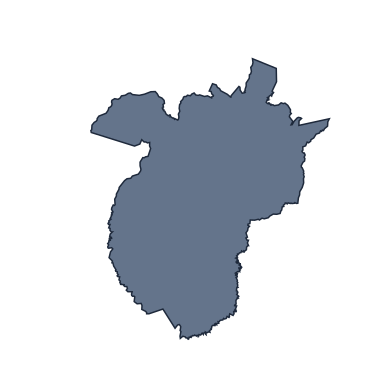 Cáceres, Mato Grosso, Brazil (Mercator projection), rotated 15°
{"feature_id": "56859067B84313432178325", "entity_name": "Cáceres", "entity_type": "district", "adm_level": 2, "iso_a3": "BRA", "parent_name": "Brazil", "parent_adm1": "Mato Grosso", "projection": "mercator", "projection_center": [-57.734, -16.54], "detail": "fine", "context": "isolated", "style": "filled", "palette": "slate", "viewbox_px": 384, "rotation_deg": 15, "n_neighbors": 0, "source": "geoboundaries", "source_scale": "gbopen_adm2", "svg_char_len": 6053}
<svg xmlns="http://www.w3.org/2000/svg" viewBox="0 0 384 384"><g transform="rotate(15 192 192)"><path d="M218.6,336.4L220.5,333.7L223.0,333.7L223.9,334.5L225.0,334.2L226.4,335.2L226.9,334.7L226.7,333.1L228.3,332.7L227.8,331.4L228.9,332.4L229.6,330.5L231.0,330.4L231.5,329.5L233.9,330.0L233.5,329.4L235.0,328.8L235.7,329.5L235.7,327.9L237.4,327.9L238.3,325.7L239.7,326.6L239.5,325.6L240.7,324.5L241.4,324.6L241.7,325.7L242.4,326.0L241.3,323.8L242.7,324.2L244.5,322.7L245.6,322.8L244.8,321.5L246.2,319.7L245.7,319.1L246.2,318.2L245.8,316.8L246.5,315.5L248.8,315.1L248.9,314.5L248.0,313.9L248.6,312.9L249.2,312.8L249.0,313.6L250.2,313.9L249.8,312.8L251.8,311.8L250.9,310.6L251.6,310.6L252.5,308.6L254.9,307.6L255.2,306.0L256.2,306.3L257.8,305.3L258.1,303.1L260.2,303.6L260.5,302.8L260.0,301.8L260.0,299.9L263.6,300.6L264.1,298.7L263.3,296.9L265.6,296.1L265.6,295.6L263.7,295.2L263.9,294.6L264.9,294.6L264.3,293.6L264.6,290.5L262.6,290.8L262.5,290.3L263.6,288.8L262.5,285.5L263.0,283.6L264.2,282.5L263.1,281.9L264.1,280.6L261.7,279.4L262.2,278.3L261.7,277.6L262.2,277.0L261.4,276.0L260.5,276.0L260.0,273.0L261.1,272.2L260.3,271.6L260.3,270.0L259.4,269.0L259.7,267.6L258.7,266.8L258.7,265.6L256.7,263.1L257.7,262.2L257.0,261.0L257.0,259.6L255.4,261.6L255.9,259.1L255.0,259.0L256.9,256.9L258.6,256.6L258.1,256.1L258.8,254.8L257.3,254.0L257.0,253.3L259.1,253.1L259.5,251.8L259.0,251.5L259.1,252.3L258.3,252.5L258.0,250.7L256.5,250.3L257.4,249.3L257.2,248.8L256.2,249.1L255.4,247.8L254.9,247.7L254.1,249.1L253.1,248.7L252.8,248.3L254.4,247.7L254.5,246.6L254.2,246.0L253.7,246.2L253.3,247.5L253.1,244.8L251.4,244.5L252.8,243.2L251.6,242.0L252.5,241.0L252.1,240.1L253.1,239.9L253.6,238.5L255.0,237.9L255.2,236.1L256.6,236.7L257.9,236.4L257.5,235.5L258.1,235.6L259.5,233.7L259.0,231.1L259.8,229.4L260.5,229.2L258.7,226.9L259.0,224.0L257.7,224.3L256.0,222.5L257.2,221.3L254.7,217.5L255.7,214.8L255.4,212.2L256.4,210.2L254.6,209.7L254.4,208.6L256.1,207.5L255.5,204.0L259.8,203.0L263.1,201.2L264.4,201.6L266.4,199.2L268.7,199.2L272.4,197.1L273.3,195.2L276.2,192.3L279.6,191.6L282.7,189.9L282.7,187.5L283.3,186.3L283.0,183.0L284.4,182.2L283.7,181.1L284.9,179.5L284.9,178.5L286.1,178.3L287.0,178.9L287.7,177.6L289.9,177.7L290.5,177.1L291.5,177.3L294.0,176.3L294.1,175.7L295.8,176.0L297.1,175.5L296.3,170.0L296.7,167.0L296.0,163.9L297.3,159.1L297.5,154.3L296.2,150.2L296.4,148.2L295.2,146.5L295.3,145.1L294.6,144.4L294.5,142.9L292.1,140.0L291.3,139.8L290.7,138.3L291.5,134.6L292.7,133.0L292.4,130.5L291.3,129.3L291.7,127.0L290.4,125.3L289.8,125.6L288.0,124.7L287.7,124.1L288.3,122.8L287.3,119.8L289.8,118.0L290.3,114.0L291.9,114.3L293.5,112.2L293.3,110.8L295.6,108.3L296.9,104.0L299.9,102.0L300.4,99.7L301.5,99.9L301.9,98.5L303.1,98.6L303.6,96.6L305.9,93.3L305.0,89.0L305.7,85.7L278.0,100.0L277.0,95.6L278.8,92.6L277.7,92.2L275.4,92.4L274.4,93.3L272.3,97.3L271.3,101.1L270.3,101.5L271.1,97.7L266.6,94.2L266.5,92.5L267.6,90.5L266.4,89.7L265.8,87.0L262.1,83.5L258.8,82.1L257.3,83.0L255.0,82.8L253.1,85.5L249.0,87.3L247.6,86.8L246.2,87.4L245.7,86.9L245.4,87.5L243.6,86.0L243.0,86.1L243.2,86.9L242.0,87.0L240.5,86.2L240.6,84.4L242.3,83.1L240.9,82.8L241.8,81.6L240.6,81.1L241.7,80.4L241.8,79.4L242.9,78.1L244.1,78.7L244.2,77.0L243.7,76.6L244.7,75.9L245.0,74.7L243.6,74.4L243.3,73.8L245.1,63.6L241.4,50.8L215.9,47.6L217.4,51.2L217.5,54.0L216.5,56.4L218.2,60.2L218.1,62.7L217.1,63.9L217.9,67.3L216.1,72.7L216.9,75.6L216.7,79.2L217.2,80.0L216.5,81.3L217.6,81.9L217.4,82.3L214.9,83.6L212.2,81.2L211.2,78.4L210.0,77.9L204.9,88.8L205.0,90.3L204.5,90.3L200.9,88.5L193.6,86.8L191.8,85.0L189.5,84.4L187.7,82.3L183.8,82.1L182.5,90.0L184.5,90.0L185.7,92.1L187.7,93.2L187.7,94.0L186.5,94.9L186.6,96.0L182.1,95.1L179.3,96.5L174.3,96.2L172.9,97.1L170.6,97.3L168.4,95.8L166.4,97.5L165.6,99.4L162.5,99.7L161.8,101.2L160.1,101.7L159.3,102.5L159.1,104.9L157.6,107.6L158.2,108.8L157.4,110.9L158.0,114.6L159.3,117.2L158.7,120.3L160.0,123.1L160.0,125.6L159.6,126.2L156.5,125.6L156.3,126.2L155.0,125.3L154.4,125.6L152.3,125.0L151.7,124.3L151.3,124.7L151.1,123.3L150.7,123.2L149.3,124.5L146.8,123.4L144.9,121.1L143.7,120.8L143.6,120.0L142.7,120.0L141.8,118.8L142.3,118.7L142.0,117.4L142.4,117.2L141.3,114.9L142.5,113.6L141.3,110.7L138.6,109.0L135.2,108.5L133.1,106.2L130.5,104.5L126.3,105.8L120.8,109.8L116.0,112.3L109.3,113.3L106.9,112.3L104.9,113.2L102.5,115.8L99.0,117.4L98.2,119.9L96.6,121.6L93.1,121.9L90.9,124.2L91.0,125.9L92.0,127.5L92.0,129.4L91.2,131.0L89.9,132.0L89.8,134.9L88.6,138.2L82.4,142.8L81.4,145.6L81.7,146.9L81.2,148.3L79.5,150.1L78.1,153.3L79.0,157.8L78.4,158.8L79.3,160.6L124.6,162.5L129.2,159.2L129.9,154.5L132.8,156.1L134.4,155.6L136.3,156.1L138.3,155.1L139.1,158.5L140.8,160.7L140.3,169.0L138.1,170.0L136.9,171.3L135.6,171.5L134.1,176.6L135.1,180.2L136.8,183.3L136.9,184.9L135.6,188.6L130.3,192.0L129.3,194.6L125.8,196.0L123.9,198.5L120.5,206.4L120.7,208.4L119.5,213.5L120.0,215.6L119.2,218.9L121.0,224.2L120.4,225.1L119.3,224.9L118.6,228.2L118.8,229.7L120.6,231.4L119.9,232.6L120.6,232.7L120.1,233.8L120.7,234.6L120.0,235.2L120.4,235.9L119.8,239.1L120.7,239.3L119.1,241.5L119.7,242.6L119.0,244.0L119.7,244.9L121.2,244.6L120.8,248.2L122.3,248.4L122.7,250.3L124.5,251.5L125.4,251.2L123.9,253.8L124.0,256.3L125.9,256.7L126.3,257.5L124.2,257.9L124.2,258.9L125.6,259.3L125.6,259.8L124.4,260.5L124.6,262.2L123.9,263.7L125.2,264.6L124.8,266.7L125.2,267.6L126.0,267.9L128.8,266.6L130.2,267.5L128.8,270.9L128.9,276.9L133.0,279.3L133.0,281.1L134.0,281.0L135.5,283.8L138.7,286.8L138.4,287.5L138.9,288.3L140.5,288.4L140.9,290.1L142.2,291.0L141.4,292.4L142.3,292.9L144.1,292.7L144.2,295.8L145.8,296.7L145.8,298.3L146.8,298.8L147.0,299.7L150.4,299.1L150.4,300.1L151.6,300.7L153.5,300.2L154.6,301.9L153.9,303.8L155.8,304.9L160.0,303.9L160.0,306.3L160.6,307.6L161.7,308.1L162.9,307.6L163.8,308.0L164.5,312.8L167.9,314.2L171.7,312.8L173.1,314.6L173.9,318.4L178.1,319.3L179.4,320.2L179.7,321.4L181.9,320.8L194.2,312.6L210.9,328.0L212.5,324.2L214.0,323.3L215.2,324.2L216.0,325.1L216.4,328.9L217.4,329.7L217.7,334.3L218.6,336.4Z" fill="#64748b" stroke="#1e293b" stroke-width="1.5"/></g></svg>